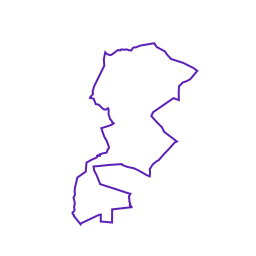 Santiago Huauclilla, Oaxaca, Mexico, rotated 154°
{"feature_id": "50627088B40997107404186", "entity_name": "Santiago Huauclilla", "entity_type": "district", "adm_level": 2, "iso_a3": "MEX", "parent_name": "Mexico", "parent_adm1": "Oaxaca", "projection": "natural_earth1", "projection_center": [-97.024, 17.49], "detail": "fine", "context": "isolated", "style": "outline", "palette": "violet", "viewbox_px": 256, "rotation_deg": 154, "n_neighbors": 0, "source": "geoboundaries", "source_scale": "gbopen_adm2", "svg_char_len": 2367}
<svg xmlns="http://www.w3.org/2000/svg" viewBox="0 0 256 256"><g transform="rotate(154 128 128)"><path d="M129.7,75.0L127.7,78.2L126.9,80.6L126.6,81.3L123.7,83.2L121.8,84.4L117.0,85.5L114.6,85.6L106.8,88.9L101.0,91.0L92.6,94.4L90.0,94.5L97.2,108.7L97.2,114.0L99.4,120.1L101.8,128.5L98.6,131.2L74.0,134.9L70.1,130.8L66.2,139.0L63.7,143.3L61.2,144.0L59.1,144.9L56.1,144.5L50.8,144.5L40.7,149.0L43.0,153.4L50.1,162.6L58.8,170.9L59.0,171.0L60.6,176.4L61.3,180.7L66.7,188.3L67.3,192.7L80.9,196.7L82.5,196.8L84.1,196.9L85.6,197.0L87.1,197.8L88.4,197.8L91.2,196.2L92.1,196.9L93.5,197.8L94.8,199.3L96.9,199.9L98.3,200.8L99.5,201.6L101.2,201.1L102.4,202.3L104.2,202.4L106.2,201.8L107.7,201.6L109.4,201.3L110.8,201.0L112.1,201.4L113.7,202.8L114.7,204.2L115.3,206.0L119.6,200.3L122.0,194.4L138.9,181.3L141.3,179.2L142.2,177.9L143.2,177.1L144.0,175.9L144.5,173.9L148.7,172.1L149.0,171.8L146.0,169.3L146.5,163.6L144.1,161.8L142.0,155.9L140.4,154.4L139.8,154.3L137.3,154.6L137.3,153.1L139.5,148.7L139.9,145.2L140.3,144.2L139.5,141.8L139.7,139.8L138.8,138.5L139.2,138.4L140.9,138.1L141.6,138.1L145.0,138.5L152.1,139.5L153.1,131.0L152.8,125.2L152.9,124.1L153.6,118.5L154.0,118.3L155.6,117.6L156.5,116.7L158.0,115.3L159.5,115.6L160.7,116.0L162.0,116.3L164.0,116.5L164.8,116.7L164.8,116.2L165.3,115.3L166.8,115.8L167.0,116.7L168.0,116.6L169.0,115.2L174.6,115.4L180.5,115.1L185.1,107.3L195.2,105.7L201.8,97.6L203.3,95.2L203.7,94.7L204.0,93.8L204.3,92.7L204.6,92.1L205.1,91.2L205.4,90.9L205.9,90.4L207.0,89.7L207.5,89.3L207.6,88.7L207.7,88.0L207.9,87.1L208.0,86.5L208.3,85.4L208.6,84.4L209.2,83.1L209.7,82.3L210.2,81.8L210.6,81.3L211.1,80.6L211.3,79.9L211.6,79.0L211.8,78.2L212.2,77.5L212.7,77.0L213.7,76.6L214.7,76.4L214.9,76.3L215.3,75.5L215.3,74.7L215.1,74.3L214.8,73.3L215.2,72.9L215.3,72.8L212.8,62.2L212.0,62.9L205.1,62.8L196.8,62.7L194.4,62.7L191.4,62.5L190.4,62.1L193.5,55.9L187.0,52.0L183.8,50.0L177.9,61.8L161.0,55.8L160.2,55.5L159.5,55.2L159.3,56.0L159.5,56.5L160.0,57.0L160.2,57.4L160.2,57.9L160.0,58.3L159.1,58.9L159.1,60.7L159.0,61.3L158.6,62.1L158.2,63.2L157.8,63.9L157.7,64.2L157.6,65.0L157.1,66.1L154.7,67.9L155.4,68.4L155.6,68.5L163.3,76.0L177.6,89.7L176.9,99.2L177.0,105.0L175.8,108.5L170.0,106.3L160.7,102.9L155.2,100.6L149.4,98.3L149.4,97.3L145.3,93.0L140.5,89.4L136.9,84.9L134.1,80.8L131.7,77.2L129.7,75.0Z" fill="none" stroke="#5b21b6" stroke-width="2"/></g></svg>